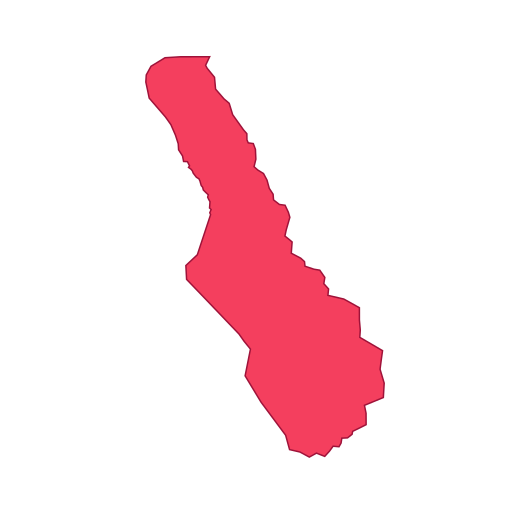 Jalingo, Taraba, Nigeria (Albers equal-area conic projection), rotated 204°
{"feature_id": "59680162B33993495702938", "entity_name": "Jalingo", "entity_type": "district", "adm_level": 2, "iso_a3": "NGA", "parent_name": "Nigeria", "parent_adm1": "Taraba", "projection": "albers", "projection_center": [11.353, 8.933], "detail": "fine", "context": "isolated", "style": "filled", "palette": "rose", "viewbox_px": 512, "rotation_deg": 204, "n_neighbors": 0, "source": "geoboundaries", "source_scale": "gbopen_adm2", "svg_char_len": 1550}
<svg xmlns="http://www.w3.org/2000/svg" viewBox="0 0 512 512"><g transform="rotate(204 256 256)"><path d="M379.4,419.2L406.0,407.3L419.8,400.1L429.1,386.6L429.9,376.8L427.4,370.1L422.6,363.5L417.8,356.8L395.3,346.2L387.2,341.4L378.7,333.6L372.7,326.9L369.9,321.5L363.8,317.5L360.6,312.9L357.0,314.3L353.4,311.3L353.7,309.5L350.9,308.9L348.9,308.0L347.0,306.1L342.5,303.7L339.5,303.3L337.6,301.6L336.3,300.0L334.7,298.1L332.7,297.1L331.0,294.9L327.9,293.7L324.5,292.5L324.1,290.1L322.3,288.5L320.1,286.9L318.7,283.0L318.0,281.0L315.9,280.2L315.8,276.7L314.3,275.3L310.1,233.3L316.2,218.8L309.9,206.4L286.2,196.8L239.8,177.8L232.1,173.2L223.2,168.7L217.2,142.1L191.9,124.5L156.0,104.3L146.6,92.8L136.1,94.8L125.5,94.0L120.6,100.5L111.7,100.9L109.5,107.6L108.2,113.6L102.6,115.5L102.2,119.7L103.5,124.5L98.4,127.1L95.7,132.2L96.4,135.1L86.8,146.7L91.5,157.1L96.2,163.7L82.1,178.5L87.2,192.0L96.6,203.0L99.3,212.0L101.9,221.0L128.1,223.9L130.6,230.7L135.5,239.6L140.5,250.8L158.3,252.4L174.3,249.3L176.3,255.4L182.8,258.3L184.4,264.4L192.0,269.0L197.7,267.5L207.1,266.6L209.4,270.6L214.2,272.2L224.9,272.9L226.6,277.6L228.7,283.5L231.0,284.2L237.7,286.0L239.0,292.1L240.8,305.1L244.2,309.1L250.1,314.2L255.6,312.6L262.8,314.4L264.1,316.8L265.5,319.4L271.4,323.2L276.8,329.8L282.7,334.4L289.5,335.3L294.1,336.8L295.5,344.4L299.9,353.2L304.2,357.6L309.1,356.2L311.5,358.4L314.1,364.0L318.8,366.2L334.8,375.6L342.6,384.6L349.1,386.5L360.8,392.0L366.6,402.4L376.9,407.6L379.6,409.7L379.4,419.2Z" fill="#f43f5e" stroke="#9f1239" stroke-width="1.5"/></g></svg>